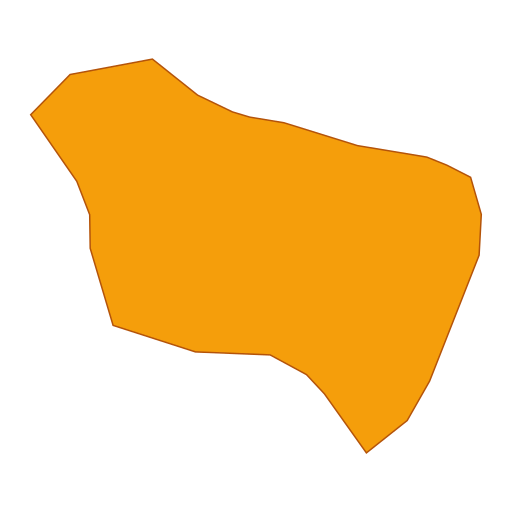 the border of Sodražica
{"feature_id": "SVN-248", "entity_name": "Sodražica", "entity_type": "Municipality", "adm_level": 1, "iso_a3": "SVN", "parent_name": "Slovenia", "parent_adm1": "", "projection": "natural_earth1", "projection_center": [14.618, 45.75], "detail": "fine", "context": "isolated", "style": "filled", "palette": "amber", "viewbox_px": 512, "rotation_deg": 0, "n_neighbors": 0, "source": "natural_earth", "source_scale": "10m", "svg_char_len": 422}
<svg xmlns="http://www.w3.org/2000/svg" viewBox="0 0 512 512"><path d="M70.1,74.5L152.4,59.1L197.7,95.2L232.4,111.9L249.7,117.1L284.1,122.8L357.4,145.6L426.8,157.1L446.9,165.2L470.6,177.3L481.3,214.4L479.1,255.2L429.6,381.1L407.2,420.5L366.4,452.9L324.4,393.8L306.5,374.6L270.1,354.9L195.4,351.9L113.1,325.4L90.2,248.3L89.7,214.7L76.8,181.3L30.7,114.7L70.1,74.5Z" fill="#f59e0b" stroke="#b45309" stroke-width="1.5"/></svg>